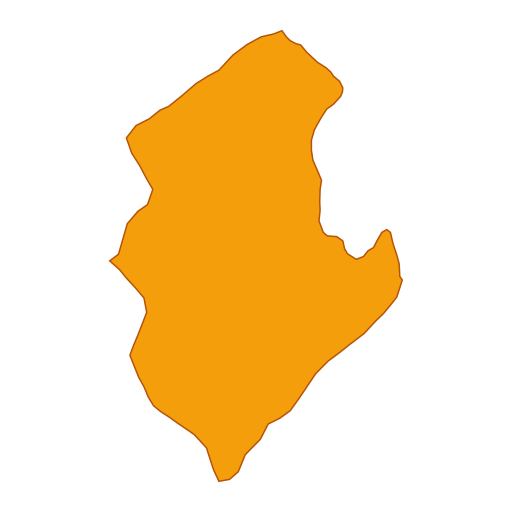 Galinoporni, Cyprus (Equal Earth projection)
{"feature_id": "46923920B55142884438741", "entity_name": "Galinoporni", "entity_type": "district", "adm_level": 2, "iso_a3": "CYP", "parent_name": "Cyprus", "parent_adm1": "", "projection": "equal_earth", "projection_center": [34.316, 35.528], "detail": "fine", "context": "isolated", "style": "filled", "palette": "amber", "viewbox_px": 512, "rotation_deg": 0, "n_neighbors": 0, "source": "geoboundaries", "source_scale": "gbopen_adm2", "svg_char_len": 1442}
<svg xmlns="http://www.w3.org/2000/svg" viewBox="0 0 512 512"><path d="M109.7,260.9L119.4,269.5L126.4,278.1L136.1,288.6L144.0,298.1L146.7,312.4L137.8,335.3L133.4,345.8L129.9,355.3L138.7,377.3L144.0,386.8L148.4,397.3L153.7,405.9L160.7,411.6L169.5,417.3L177.5,423.1L194.2,434.5L206.5,447.9L210.1,459.3L213.6,469.8L218.9,481.3L229.5,479.4L238.3,471.7L245.3,454.6L260.3,439.3L268.2,424.0L279.7,418.3L290.2,410.7L299.1,398.3L315.8,373.5L328.1,361.1L339.6,352.5L349.3,344.8L364.2,333.4L375.7,321.0L383.6,313.4L390.7,304.8L396.8,297.1L402.3,280.0L399.8,276.5L399.4,267.9L399.1,263.6L396.9,255.4L395.5,251.1L393.0,243.7L391.5,237.0L390.4,232.4L386.8,229.6L381.8,232.4L376.7,241.3L373.5,247.6L368.1,250.7L363.4,256.6L356.2,259.3L347.5,253.8L344.6,248.8L342.8,240.9L336.7,236.6L327.3,235.9L323.3,232.4L319.0,221.0L320.1,210.1L319.7,201.9L320.1,189.4L321.5,180.4L318.3,172.6L312.9,160.1L311.4,150.3L311.4,140.2L314.3,130.0L317.9,123.4L321.9,116.4L326.9,108.9L333.4,104.3L340.6,96.4L342.4,92.1L342.8,87.9L339.5,81.2L333.4,76.1L330.9,72.2L326.2,67.9L317.2,62.1L306.4,51.9L300.6,44.9L295.9,43.7L290.1,40.6L286.2,36.7L282.0,30.7L273.5,34.0L261.2,36.8L247.1,44.5L233.0,55.0L218.9,70.2L208.3,75.9L196.0,83.6L182.8,95.0L168.7,106.4L159.9,110.2L149.3,118.8L136.1,125.5L126.4,137.9L131.7,153.1L139.6,165.5L146.7,178.9L152.8,189.4L147.5,204.6L137.9,211.3L127.3,223.7L122.9,239.0L118.5,254.2L109.7,260.9Z" fill="#f59e0b" stroke="#b45309" stroke-width="1.5"/></svg>